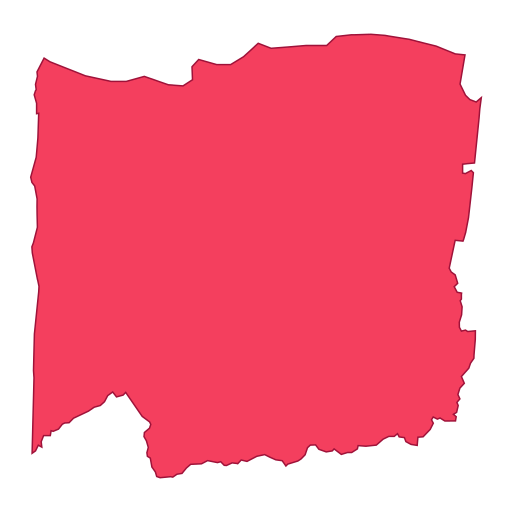 the district of Arecibo, Puerto Rico
{"feature_id": "32010507B88013752264410", "entity_name": "Arecibo", "entity_type": "district", "adm_level": 2, "iso_a3": "PRI", "parent_name": "Puerto Rico", "parent_adm1": "", "projection": "mercator", "projection_center": [-66.671, 18.404], "detail": "fine", "context": "isolated", "style": "filled", "palette": "rose", "viewbox_px": 512, "rotation_deg": 0, "n_neighbors": 0, "source": "geoboundaries", "source_scale": "gbopen_adm2", "svg_char_len": 2973}
<svg xmlns="http://www.w3.org/2000/svg" viewBox="0 0 512 512"><path d="M455.5,420.9L456.2,416.7L453.4,414.3L456.6,412.4L458.2,405.5L456.9,402.4L459.9,398.9L457.9,394.5L459.9,388.1L464.3,383.3L461.4,376.5L468.8,368.2L470.5,363.2L473.9,358.3L474.0,355.0L475.3,339.4L475.4,330.8L467.7,331.5L465.5,330.1L461.4,331.1L459.4,327.3L459.3,322.2L461.6,314.8L462.1,306.8L460.2,300.7L461.4,299.1L461.4,294.5L461.6,293.1L460.2,292.8L457.2,292.3L454.2,286.7L457.7,283.3L455.2,274.9L451.2,272.0L449.2,268.2L454.9,241.5L455.2,240.3L463.0,241.1L463.7,239.2L465.7,232.3L466.3,229.1L468.5,217.7L471.9,187.5L473.4,172.7L471.2,170.5L470.9,170.7L465.4,173.6L462.6,173.1L462.6,164.2L467.7,163.6L474.5,163.0L479.0,118.7L479.8,108.9L481.3,97.6L476.2,102.0L469.9,99.6L465.5,95.3L460.0,84.0L460.1,83.7L464.5,57.8L465.0,54.9L455.2,53.9L436.6,46.3L436.1,46.1L422.4,42.7L409.2,39.3L404.0,38.5L388.4,36.0L385.1,35.4L371.0,34.3L367.1,34.4L354.8,34.8L351.4,34.8L336.2,36.5L326.7,45.5L319.2,45.5L305.9,45.5L289.3,46.9L271.1,48.3L258.2,43.3L254.8,46.4L254.0,47.2L246.0,54.5L243.6,56.7L240.0,58.9L230.8,64.5L230.7,64.6L230.1,64.6L216.7,64.6L204.0,61.0L203.3,60.8L198.7,59.5L192.4,66.3L192.0,66.8L192.2,71.8L192.5,79.8L192.1,80.0L183.0,85.9L173.4,85.2L172.8,85.1L172.7,85.1L171.5,85.0L168.4,84.8L160.6,82.1L152.4,79.2L149.7,78.3L144.3,76.4L134.6,79.1L126.3,81.4L124.6,81.4L111.1,81.4L110.4,81.3L109.2,81.0L94.5,77.8L85.3,75.8L73.5,71.1L67.4,68.7L50.0,61.8L44.1,58.1L37.0,71.9L37.5,76.3L35.5,84.4L36.2,89.7L35.5,90.7L34.2,94.8L36.6,103.3L36.6,113.7L38.7,113.3L37.9,138.0L36.8,150.6L36.2,157.3L30.7,177.2L31.9,182.4L34.7,186.0L37.1,198.9L37.0,206.6L37.1,214.7L37.4,227.3L33.4,242.9L31.9,246.8L32.3,252.9L37.5,279.6L37.7,280.1L39.0,286.4L38.7,291.9L34.7,331.1L34.4,333.9L33.5,370.6L34.0,377.8L32.1,453.3L35.5,450.9L38.3,445.2L41.8,447.1L41.2,441.7L43.6,435.6L50.3,435.6L51.1,430.7L53.2,431.3L58.5,429.1L62.3,424.2L64.7,423.0L69.1,422.7L73.5,418.2L88.5,411.1L94.2,407.2L100.3,405.5L104.5,401.7L107.7,395.6L112.7,392.0L116.5,396.9L123.1,395.1L125.7,392.4L142.2,416.4L149.6,421.9L150.8,424.4L149.5,428.2L144.4,432.5L144.0,436.6L146.4,440.8L148.3,447.4L146.9,452.7L147.4,456.3L150.3,458.1L151.9,467.0L155.4,472.0L156.7,476.5L160.1,477.7L170.6,476.7L172.8,477.1L177.0,474.2L182.0,473.4L186.4,468.0L190.7,464.3L201.5,463.8L207.6,460.6L217.5,462.6L220.7,461.7L224.2,465.3L226.4,465.5L232.1,462.9L237.3,463.5L237.7,463.7L241.2,460.0L247.0,461.4L256.8,456.3L264.7,454.6L269.9,457.2L275.8,459.8L282.2,460.7L285.9,466.0L287.8,464.1L297.9,461.0L301.1,458.9L305.1,454.8L307.5,447.7L310.3,445.1L315.6,444.9L318.9,449.3L326.2,451.9L332.3,450.9L334.1,448.9L341.3,454.4L347.5,452.5L351.7,452.5L357.4,448.9L358.1,445.6L365.9,446.2L376.3,445.1L383.2,439.1L388.8,436.4L394.2,436.4L397.5,433.7L399.2,436.9L404.4,437.6L405.9,441.6L411.0,444.4L417.2,445.4L417.9,437.2L423.1,436.8L430.2,429.4L433.3,423.2L431.5,419.8L433.2,417.0L437.4,419.1L440.0,418.0L444.9,421.0L455.5,420.9Z" fill="#f43f5e" stroke="#9f1239" stroke-width="1.5"/></svg>